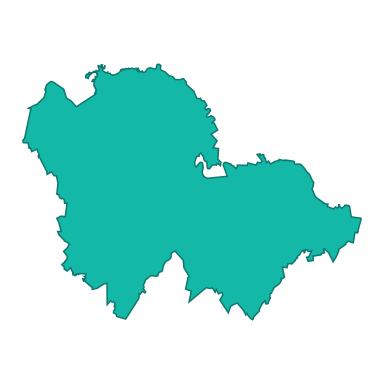 the district of Comalcalco, Tabasco, Mexico
{"feature_id": "50627088B45787963342139", "entity_name": "Comalcalco", "entity_type": "district", "adm_level": 2, "iso_a3": "MEX", "parent_name": "Mexico", "parent_adm1": "Tabasco", "projection": "natural_earth1", "projection_center": [-93.333, 18.29], "detail": "fine", "context": "isolated", "style": "filled", "palette": "teal", "viewbox_px": 384, "rotation_deg": 0, "n_neighbors": 0, "source": "geoboundaries", "source_scale": "gbopen_adm2", "svg_char_len": 5836}
<svg xmlns="http://www.w3.org/2000/svg" viewBox="0 0 384 384"><path d="M36.0,104.5L28.6,108.2L30.9,108.6L24.5,138.8L23.1,139.8L23.0,141.9L23.4,142.7L28.2,142.9L29.1,148.3L30.5,148.1L31.7,151.6L37.0,149.1L39.2,155.4L38.3,155.8L38.6,157.6L39.4,157.0L46.8,171.6L47.1,174.4L51.5,171.8L54.0,175.6L56.5,176.1L57.7,182.0L58.1,182.1L56.8,194.2L58.7,194.7L59.5,197.5L61.2,198.8L63.0,198.4L64.2,199.8L64.6,203.2L67.1,203.0L65.2,216.7L61.1,216.1L56.8,218.3L58.7,222.0L61.2,231.5L57.7,231.5L58.3,233.1L59.4,235.4L63.6,239.5L64.5,241.1L67.4,242.4L69.3,244.2L67.2,247.9L63.6,251.5L67.3,256.3L67.2,258.5L64.8,261.5L65.0,262.2L63.1,263.2L61.8,264.7L64.3,267.2L64.1,268.7L64.5,269.3L67.1,271.1L70.7,267.8L72.7,272.4L73.1,272.0L73.4,272.7L72.7,273.5L73.0,274.7L73.4,274.5L74.9,275.7L75.6,274.6L76.2,275.0L77.0,273.6L78.4,274.6L79.5,273.6L85.8,273.8L85.3,276.4L84.5,276.4L85.2,276.8L85.1,278.0L85.7,278.1L85.7,278.5L84.7,278.4L84.4,279.5L82.3,278.1L83.2,279.1L82.9,279.9L84.0,280.7L83.8,281.2L85.5,281.2L85.4,281.7L89.6,285.3L91.9,287.3L92.5,287.3L92.2,289.4L97.1,288.3L104.4,283.7L107.0,283.3L107.2,304.7L110.6,300.8L111.6,301.8L113.6,302.1L115.0,303.3L114.3,306.7L115.3,306.9L115.1,307.9L114.9,309.4L113.9,310.3L113.4,312.8L116.3,314.4L116.8,316.5L125.7,319.0L139.0,298.1L139.1,294.0L139.9,294.4L142.6,291.3L144.9,292.9L145.6,291.8L143.2,288.7L144.0,287.7L143.5,284.5L144.8,282.3L145.2,280.3L150.8,275.6L156.8,276.2L158.0,275.7L158.0,274.0L159.6,272.1L161.8,271.5L162.6,270.2L162.8,267.7L163.9,264.5L165.8,261.4L168.8,260.0L170.7,258.1L171.1,257.0L171.3,253.0L175.0,251.1L183.3,260.3L183.9,267.6L189.4,276.9L187.6,277.9L187.7,279.1L185.6,289.1L191.3,291.2L189.1,301.9L206.1,287.7L210.6,288.5L212.4,287.9L215.1,292.3L216.3,289.4L218.4,293.8L222.0,292.3L222.8,294.8L219.9,300.0L228.3,312.8L230.6,306.4L233.4,304.6L237.4,303.1L243.3,310.1L244.2,311.8L244.5,311.6L245.7,314.9L246.7,313.6L250.4,318.3L252.5,319.7L253.2,318.9L253.6,317.0L259.3,311.1L259.5,308.7L261.9,304.3L264.3,301.2L265.3,300.9L265.6,303.8L267.4,303.9L268.2,303.4L269.2,299.6L270.5,298.0L269.8,296.7L269.8,294.7L270.8,293.4L271.5,293.2L272.4,290.6L273.7,288.8L274.0,287.8L279.9,283.2L281.5,279.9L281.0,278.7L282.6,278.5L284.5,277.2L282.4,267.1L287.1,267.7L287.9,263.8L290.3,263.6L291.8,264.0L295.3,260.5L296.4,258.3L297.5,257.9L297.1,257.4L297.8,255.9L299.7,254.7L301.1,251.7L303.6,250.3L304.2,252.8L304.8,252.4L305.1,250.1L305.9,249.5L306.9,249.9L308.1,251.5L311.5,250.9L309.0,256.8L306.6,257.2L308.1,261.3L313.2,260.5L313.0,256.1L321.0,254.9L321.4,253.7L324.5,252.8L324.1,251.0L323.5,250.9L323.7,249.2L324.2,248.6L328.6,252.7L333.1,261.8L336.3,256.7L338.6,251.4L338.8,249.3L345.9,244.3L345.9,243.2L348.1,241.3L349.7,241.3L350.5,242.1L353.3,242.7L355.0,232.3L356.4,232.5L357.1,233.1L358.2,231.7L357.9,231.1L361.0,219.5L360.9,218.2L351.3,216.9L349.5,206.1L348.2,205.4L347.3,206.0L346.4,205.1L345.0,205.2L343.5,207.0L341.7,208.2L340.0,207.0L339.4,205.9L339.5,204.9L338.7,204.8L338.3,207.2L337.4,208.1L335.5,207.0L333.6,208.9L327.2,206.5L328.0,204.1L322.9,203.5L324.0,203.1L315.4,196.8L312.0,188.8L313.2,186.1L313.7,182.5L312.4,180.7L309.3,174.0L307.1,172.2L303.9,167.7L301.1,164.7L299.8,164.1L294.7,164.2L294.3,163.4L294.4,161.8L293.9,161.3L285.2,160.0L285.1,160.7L279.0,159.5L278.9,160.5L275.2,161.4L270.4,163.9L268.4,161.1L266.4,162.5L265.1,158.0L264.4,157.7L263.6,154.6L260.2,155.1L260.1,153.9L257.1,154.5L262.0,160.9L260.9,162.8L257.6,162.3L256.0,165.1L247.9,162.9L247.3,165.4L237.3,165.1L237.1,167.2L236.0,168.6L233.5,166.0L231.9,165.4L231.3,164.4L225.7,162.3L224.0,162.9L223.2,165.0L227.3,176.3L207.3,178.3L203.7,176.5L203.7,175.8L202.5,174.1L202.2,171.8L203.3,167.7L202.5,163.1L201.4,162.3L200.0,162.5L196.1,166.8L195.3,166.2L194.7,164.7L194.9,161.0L196.9,156.3L199.0,156.4L199.4,154.3L200.8,153.0L203.8,157.4L203.8,159.0L204.5,160.6L206.9,162.3L207.2,167.2L207.7,168.6L208.9,168.9L209.8,168.4L212.0,165.3L214.8,164.8L216.3,165.2L217.5,163.3L220.4,165.6L221.0,162.3L217.9,159.3L218.5,148.6L213.0,147.7L217.1,140.8L211.1,134.3L217.6,130.1L214.3,123.2L212.0,122.8L215.0,119.9L214.6,118.3L213.4,116.9L210.9,115.6L210.4,116.5L207.6,117.1L206.7,116.7L207.0,114.9L208.7,113.4L210.4,110.9L210.3,109.5L209.1,108.7L207.4,108.8L206.6,110.1L205.9,109.6L204.8,107.8L206.9,105.5L204.5,101.0L201.4,100.6L200.5,98.3L199.1,98.7L196.8,98.3L193.7,91.0L187.1,85.2L186.4,84.1L186.0,81.6L184.5,80.1L184.2,79.2L182.6,78.6L180.4,79.7L175.3,79.6L172.8,76.8L168.9,75.6L165.4,72.1L161.3,70.2L160.4,68.9L160.8,65.6L159.5,64.4L157.7,64.3L156.8,65.0L156.5,67.4L155.5,68.9L154.3,69.0L150.6,67.8L148.9,68.0L146.9,69.3L145.3,72.0L142.6,72.2L142.3,71.0L139.8,72.1L138.8,71.4L137.4,71.3L137.2,70.9L139.2,70.6L138.7,69.6L138.1,70.0L138.1,69.2L137.3,69.2L137.4,68.7L139.0,68.3L138.6,68.2L136.6,68.7L136.3,68.3L135.0,68.9L132.0,68.2L129.4,68.9L128.5,68.3L128.3,68.9L125.2,68.5L124.3,69.9L123.2,69.0L122.0,69.2L122.1,69.9L120.9,69.9L121.4,70.8L120.5,71.0L118.9,72.7L116.4,74.2L113.0,75.2L110.8,74.3L110.1,73.4L107.6,73.2L107.7,72.1L106.1,72.8L103.0,71.0L102.3,70.0L102.6,67.8L103.7,68.9L104.6,68.4L105.1,65.1L104.1,67.7L102.4,67.0L101.5,67.4L102.4,64.9L101.3,64.8L101.0,66.5L98.2,65.6L98.1,66.5L99.3,69.7L99.0,70.7L97.2,71.1L96.2,70.6L96.1,71.4L95.2,71.7L94.3,71.2L93.4,71.9L93.7,72.1L90.5,73.0L89.4,72.3L88.3,73.4L88.2,74.1L86.7,74.2L85.8,75.6L85.8,77.6L88.2,78.4L88.1,77.3L88.7,77.2L89.6,74.7L90.4,74.8L91.8,73.0L94.7,72.2L97.1,72.9L96.8,74.3L97.4,75.0L97.1,76.2L96.6,77.0L95.5,76.7L96.0,77.6L95.2,77.9L95.1,79.6L94.4,80.1L94.0,79.5L93.2,79.4L92.0,81.4L93.6,81.7L94.5,81.1L93.8,85.2L94.3,85.6L94.3,86.7L95.4,87.4L95.2,88.5L95.9,89.0L95.9,90.0L96.2,89.7L96.5,90.1L95.0,92.8L95.9,92.5L96.0,93.3L95.2,93.7L95.2,94.4L77.4,106.2L76.6,106.7L75.9,106.3L71.3,101.1L66.4,97.9L63.7,89.2L53.3,82.1L50.8,81.4L46.7,84.8L44.9,89.8L46.0,90.9L44.1,97.5L36.8,104.6L36.0,104.5Z" fill="#14b8a6" stroke="#0f766e" stroke-width="1.5"/></svg>